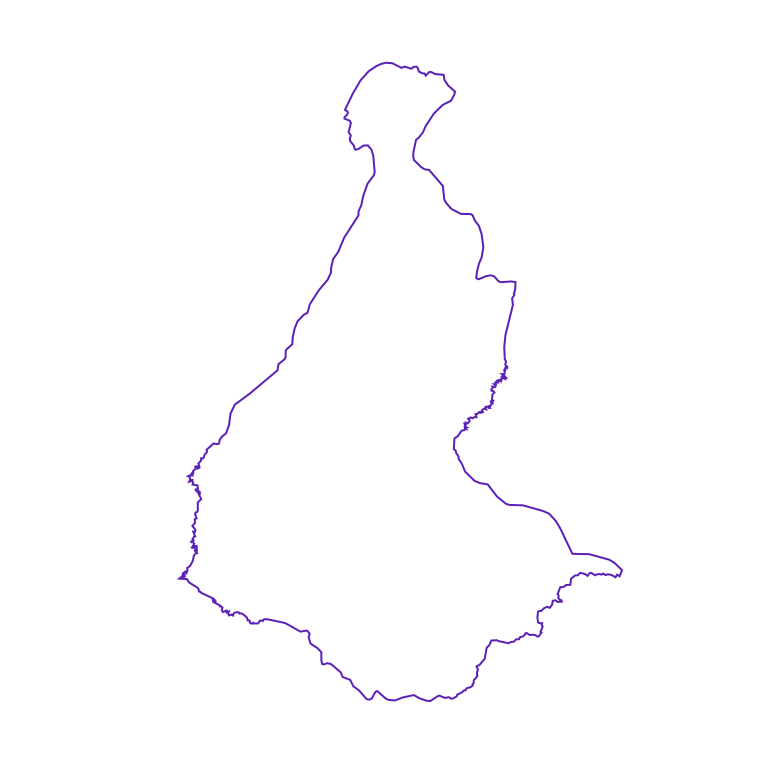 Khamkeuth, Bolikhamxai, Laos (orthographic projection), rotated 85°
{"feature_id": "54806243B83345748269493", "entity_name": "Khamkeuth", "entity_type": "district", "adm_level": 2, "iso_a3": "LAO", "parent_name": "Laos", "parent_adm1": "Bolikhamxai", "projection": "orthographic", "projection_center": [104.952, 18.216], "detail": "fine", "context": "isolated", "style": "outline", "palette": "violet", "viewbox_px": 768, "rotation_deg": 85, "n_neighbors": 0, "source": "geoboundaries", "source_scale": "gbopen_adm2", "svg_char_len": 6140}
<svg xmlns="http://www.w3.org/2000/svg" viewBox="0 0 768 768"><g transform="rotate(85 384 384)"><path d="M596.1,166.1L590.2,163.1L582.5,169.8L578.7,174.8L571.4,194.5L569.6,211.1L543.2,221.0L535.3,224.9L527.5,230.9L524.5,236.4L517.0,256.1L515.4,269.5L514.0,272.9L506.1,281.1L493.0,289.5L491.1,297.1L488.4,302.2L478.4,310.8L470.0,313.5L465.0,316.2L462.6,316.1L459.1,318.1L456.4,318.5L454.9,320.1L444.4,318.6L442.4,315.0L437.3,310.8L436.9,307.8L435.4,307.4L436.0,306.1L434.7,306.7L434.5,305.3L433.2,307.3L432.2,306.7L430.7,307.2L431.1,305.7L429.6,306.0L430.3,304.0L429.0,302.4L427.9,301.8L425.9,303.1L424.9,300.4L425.8,298.8L424.6,295.7L425.0,294.8L421.9,295.3L422.2,294.1L420.2,291.6L421.0,290.8L420.4,290.0L421.1,288.9L420.5,288.0L419.4,289.1L418.1,288.1L417.5,285.9L418.0,284.6L416.4,285.3L415.6,284.7L415.8,282.1L416.9,281.9L417.1,280.5L415.2,281.2L415.4,280.1L413.0,278.6L413.0,277.5L411.1,277.3L411.4,279.0L410.6,279.2L410.0,276.8L408.9,277.8L403.9,276.9L402.1,274.7L400.7,275.5L399.8,277.7L398.2,277.2L397.1,275.7L396.0,276.2L396.6,273.4L395.0,272.9L394.0,274.0L394.2,272.6L393.5,272.8L392.9,271.9L393.1,272.8L392.3,273.0L392.4,271.4L390.9,271.6L390.2,270.0L391.5,269.5L390.8,269.2L390.9,268.1L389.2,268.6L389.8,268.1L389.5,266.9L390.6,266.8L388.1,265.6L389.4,263.1L388.0,263.6L388.4,262.0L385.9,263.7L386.3,265.4L385.2,264.4L384.4,265.5L384.3,263.1L382.5,262.6L380.8,263.1L380.6,261.8L378.9,262.2L378.1,261.0L378.7,259.9L377.2,259.7L376.9,261.0L375.0,261.5L372.6,260.5L369.3,261.5L357.6,261.0L345.7,258.7L316.4,248.7L309.8,248.9L306.5,246.3L305.2,246.8L301.8,245.2L293.9,244.1L292.9,248.7L292.8,258.8L291.6,261.0L286.4,264.8L285.0,268.1L285.5,272.9L287.9,280.6L286.6,282.9L280.1,281.6L272.2,278.8L266.4,275.7L256.4,273.1L243.0,273.7L234.7,275.7L229.1,279.2L223.7,281.0L222.3,282.7L221.2,292.7L215.5,301.6L208.9,306.4L205.3,307.9L191.8,308.1L174.6,320.5L173.7,324.8L171.0,328.2L163.6,334.5L160.1,335.1L155.5,334.5L143.6,330.8L141.2,327.4L136.6,323.2L130.7,320.0L118.9,310.7L111.1,301.2L107.6,292.5L101.6,288.6L98.9,287.8L92.1,294.2L86.3,297.3L81.2,297.6L79.7,306.0L77.5,309.5L77.1,311.6L80.4,315.6L78.1,316.6L77.9,318.8L75.8,322.0L72.3,322.7L70.7,323.9L70.7,327.1L72.0,328.4L72.1,329.9L69.6,335.9L70.6,339.0L65.2,347.7L64.1,354.4L65.0,359.2L66.7,364.0L71.1,372.0L79.6,381.0L92.2,389.9L107.6,399.0L109.2,396.7L110.5,396.2L113.0,397.6L114.5,399.9L116.1,400.3L118.7,395.3L121.0,394.2L129.9,397.3L133.4,395.4L136.6,396.7L138.9,396.6L143.6,393.4L147.6,392.6L148.1,392.0L147.7,389.1L144.7,383.7L144.9,379.3L149.5,376.1L155.5,374.8L172.1,374.8L175.2,375.9L182.8,382.8L195.0,388.4L203.8,391.0L209.8,394.3L213.9,394.8L234.7,410.9L248.4,418.1L255.1,423.8L263.5,426.5L268.5,427.2L275.2,431.0L285.0,440.8L298.2,451.0L306.4,454.0L308.2,458.1L314.2,464.8L321.0,468.2L329.6,470.9L336.4,471.9L341.2,478.3L342.7,479.1L348.8,479.7L350.6,480.8L355.0,487.4L361.0,488.8L381.9,518.6L391.6,534.4L400.1,539.5L411.3,541.9L419.3,545.6L422.2,549.9L425.0,552.4L429.0,553.6L429.4,555.4L428.4,559.0L434.0,566.4L436.0,566.1L439.2,569.2L441.1,569.7L442.5,571.1L442.1,572.7L444.4,572.9L446.9,575.8L451.1,575.0L452.1,577.1L449.7,577.2L449.8,579.1L452.1,579.3L454.2,581.9L455.9,581.8L455.6,582.6L457.5,584.2L457.6,582.7L458.4,582.6L458.2,585.7L458.8,587.1L459.3,585.7L462.7,585.6L464.4,586.6L464.0,585.2L462.7,584.4L462.9,583.2L464.3,583.5L465.5,582.7L467.5,583.5L468.8,578.6L472.7,578.6L472.6,580.8L473.2,580.9L475.5,579.1L474.7,577.8L475.2,577.0L477.1,576.9L477.1,578.3L482.7,576.1L485.7,579.8L493.9,580.5L495.4,581.6L495.6,582.8L497.1,583.5L501.6,582.5L502.2,584.3L505.9,584.4L508.7,587.3L512.3,584.8L513.6,584.7L514.8,585.1L514.5,586.9L519.3,585.4L519.7,586.7L522.0,588.3L523.2,587.3L524.3,589.9L524.9,589.5L524.7,588.2L526.6,586.9L530.2,589.6L530.9,587.2L529.0,586.5L529.0,584.8L533.8,584.9L534.0,585.8L532.7,586.1L533.3,587.0L536.1,585.0L536.3,586.4L538.5,588.4L543.6,589.9L548.5,593.2L550.1,596.1L552.3,595.9L554.9,597.1L553.4,597.9L554.9,600.5L557.7,601.7L555.6,599.2L558.5,599.3L558.6,602.7L560.0,604.9L561.2,597.4L564.8,595.4L570.3,588.0L572.2,586.6L574.6,586.4L574.9,585.0L576.0,584.5L582.9,572.7L583.4,573.2L584.5,571.6L585.0,573.2L586.4,572.9L585.9,571.6L586.5,570.7L587.6,571.1L590.2,566.8L591.2,566.9L591.2,565.8L592.8,564.3L595.0,565.4L597.1,564.4L595.9,560.6L596.7,560.0L597.5,560.9L598.1,560.5L597.2,558.5L598.6,559.2L601.0,558.7L600.4,556.5L601.5,554.5L600.0,554.2L598.7,552.5L598.5,549.8L599.2,548.2L600.1,548.1L600.2,545.5L603.6,541.9L604.8,540.9L607.5,540.5L607.3,539.8L608.4,538.2L609.6,538.6L610.8,537.7L611.2,536.5L610.5,535.4L611.1,535.3L611.6,530.4L608.9,528.2L609.4,525.3L608.4,524.9L607.9,523.5L608.4,519.8L613.6,503.1L623.4,488.9L622.9,482.7L623.5,481.7L626.3,479.8L629.8,481.1L636.3,479.8L641.3,473.3L645.7,469.8L653.9,470.5L657.6,469.9L658.1,468.5L657.2,464.6L658.5,461.0L667.6,452.1L672.3,450.7L675.8,443.5L682.4,440.9L687.2,435.5L696.5,428.7L697.2,426.1L696.1,423.5L690.0,419.4L689.3,417.5L697.1,410.1L699.1,407.0L700.2,400.5L697.9,392.6L696.5,381.3L700.2,376.1L703.2,369.3L703.9,365.6L699.4,357.2L699.4,355.7L702.0,350.6L701.7,346.5L703.4,344.4L703.2,342.4L701.5,338.8L699.9,338.1L697.9,333.1L696.3,331.2L696.3,329.6L694.2,328.0L693.7,324.6L692.2,321.9L690.8,322.0L690.2,320.9L686.8,320.3L683.3,316.5L679.5,316.5L676.6,315.3L673.5,316.5L671.8,312.9L666.6,307.7L655.5,304.6L653.2,301.7L648.9,299.5L649.1,293.8L650.0,292.6L653.1,282.5L652.0,280.0L652.1,277.3L649.9,274.7L650.0,271.7L648.2,270.8L647.5,267.4L645.8,265.2L644.9,265.1L644.4,263.7L646.8,260.7L646.7,257.5L647.4,254.9L648.7,253.8L649.0,251.9L645.4,248.8L644.6,249.7L639.5,247.1L637.6,248.0L636.1,247.3L635.5,250.7L634.6,251.3L629.5,251.5L624.4,250.4L623.5,249.2L623.9,247.4L621.4,244.3L620.2,241.1L621.4,238.3L618.4,235.7L614.7,234.8L614.4,232.0L616.2,230.1L616.3,225.8L614.9,226.1L614.3,227.7L612.3,229.0L610.3,228.4L608.6,229.4L601.8,226.1L601.8,222.6L600.1,220.2L600.3,215.9L594.3,214.6L591.4,210.3L591.4,207.5L589.6,205.6L589.4,204.2L590.9,200.2L592.9,198.0L590.6,196.0L590.1,194.3L593.0,190.3L592.3,189.1L592.1,185.6L592.9,184.1L591.9,182.2L593.6,180.1L593.1,177.4L594.0,174.1L596.7,170.2L594.3,168.4L596.1,166.1Z" fill="none" stroke="#5b21b6" stroke-width="2"/></g></svg>